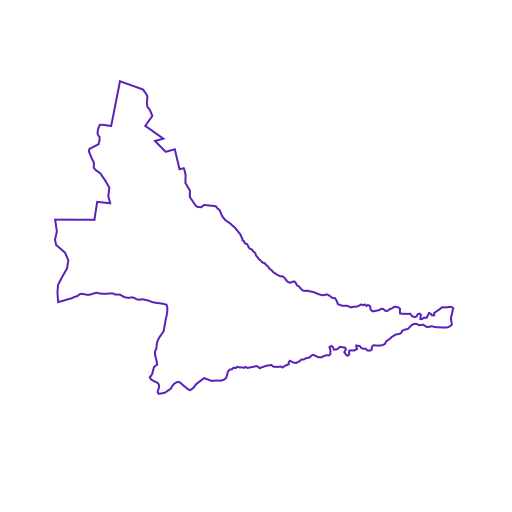 outline of Kajiado North, Rift Valley, Kenya, rotated 9°
{"feature_id": "3690345B68273600363858", "entity_name": "Kajiado North", "entity_type": "district", "adm_level": 2, "iso_a3": "KEN", "parent_name": "Kenya", "parent_adm1": "Rift Valley", "projection": "orthographic", "projection_center": [36.729, -1.37], "detail": "fine", "context": "isolated", "style": "outline", "palette": "violet", "viewbox_px": 512, "rotation_deg": 9, "n_neighbors": 0, "source": "geoboundaries", "source_scale": "gbopen_adm2", "svg_char_len": 5310}
<svg xmlns="http://www.w3.org/2000/svg" viewBox="0 0 512 512"><g transform="rotate(9 256 256)"><path d="M458.7,280.2L459.0,276.7L456.9,275.7L454.9,276.1L452.2,276.9L449.5,277.3L447.5,277.7L446.4,279.2L441.9,283.4L440.8,284.7L441.3,286.7L439.0,287.1L437.4,285.6L435.8,285.2L434.3,290.2L431.3,290.8L429.9,292.3L428.2,292.6L428.0,290.2L428.3,288.4L426.7,287.3L424.8,288.2L424.1,290.5L422.4,291.5L419.7,291.1L417.3,288.9L414.8,289.5L412.6,289.7L410.0,290.1L407.3,290.3L406.7,287.8L406.5,285.6L404.7,284.5L403.0,284.3L400.5,284.5L398.6,286.4L396.3,287.6L394.8,289.4L392.7,290.1L390.0,288.5L387.9,288.5L386.1,290.2L384.0,291.0L381.7,291.9L379.6,292.4L377.4,290.8L376.7,287.8L374.2,286.8L372.9,288.1L371.1,286.9L369.5,287.8L367.6,287.4L366.3,288.3L364.5,289.7L362.4,290.5L360.1,290.9L358.1,291.9L356.3,291.6L354.8,291.1L352.9,290.9L350.5,291.6L347.4,291.4L344.3,290.7L343.0,288.0L340.6,285.3L338.0,285.4L335.5,284.1L333.5,283.2L331.8,282.8L330.0,283.8L327.4,284.4L325.5,284.1L323.8,283.9L322.0,283.5L319.7,282.9L317.1,282.5L314.4,282.5L312.1,282.2L310.3,282.8L307.7,282.8L305.0,281.0L303.3,279.3L301.5,278.9L299.1,276.0L297.7,275.1L295.9,275.9L293.8,277.1L292.1,276.8L290.5,276.0L288.5,274.0L287.3,272.9L285.4,271.9L283.8,272.2L282.2,272.0L280.2,271.3L278.1,270.4L275.5,269.2L273.8,267.7L271.6,266.7L269.3,264.3L267.0,263.0L265.7,261.7L263.6,261.5L261.5,259.9L259.4,258.7L257.9,257.1L255.9,255.5L254.7,253.1L252.3,251.7L251.0,250.2L249.0,249.9L247.2,248.4L246.4,247.0L245.3,245.7L242.9,245.1L241.8,243.3L240.3,242.6L239.8,241.0L238.3,239.0L237.1,237.1L235.8,235.9L234.1,234.3L232.3,232.8L230.3,231.0L227.9,229.6L225.3,227.8L222.7,226.6L220.1,225.3L217.6,223.2L215.9,221.3L214.2,218.5L212.7,216.2L210.5,215.0L208.6,213.2L206.2,213.2L196.8,213.7L194.2,216.4L190.6,216.7L188.6,215.7L181.4,208.1L181.1,205.9L180.5,201.7L174.9,195.0L174.1,189.6L173.9,187.5L173.4,185.9L171.8,182.1L170.9,180.6L166.9,182.3L160.0,165.5L159.1,163.3L150.5,167.2L138.2,158.2L146.1,154.6L126.3,144.8L131.7,133.9L129.8,130.6L127.5,127.3L126.1,126.5L124.9,124.4L124.2,121.5L123.9,115.9L122.8,113.8L120.4,111.3L118.3,109.2L94.3,104.7L94.2,108.4L92.6,150.3L83.9,150.4L81.2,150.9L80.2,154.8L80.2,159.4L81.1,161.3L82.8,162.9L83.4,165.7L83.0,170.2L81.0,171.7L77.1,174.6L74.7,176.3L74.6,178.9L76.1,181.3L78.9,186.0L80.8,188.3L81.5,190.0L81.7,191.9L81.9,194.1L83.7,195.9L89.4,198.8L94.7,204.4L100.4,211.4L100.8,220.0L101.5,221.8L102.4,223.7L103.7,226.7L90.7,227.4L90.7,242.6L90.8,245.5L72.6,248.3L51.9,251.5L54.6,260.1L55.5,263.0L54.9,271.3L56.8,276.3L66.9,282.6L71.3,289.6L71.3,297.8L67.5,307.9L65.0,315.5L65.6,323.1L67.8,332.5L73.4,329.9L76.1,328.6L80.3,326.7L83.5,324.6L85.8,323.6L87.0,322.2L88.5,320.9L91.5,320.6L95.9,320.7L98.3,320.1L101.4,318.5L103.9,317.3L105.9,317.4L109.3,317.4L112.0,317.1L114.6,316.6L117.1,316.0L119.4,315.5L121.3,315.4L122.8,316.1L125.1,315.7L127.6,315.5L130.1,316.3L131.9,317.2L134.3,317.3L136.9,317.3L138.8,316.6L140.6,316.2L142.4,316.5L144.8,317.4L147.5,317.5L150.2,316.6L152.0,316.5L157.4,317.0L159.9,317.6L162.9,317.9L170.8,317.7L175.3,318.1L176.5,320.9L177.1,325.4L177.1,328.4L176.7,333.4L176.7,336.9L176.6,341.3L176.6,344.3L176.0,345.9L173.9,350.2L172.4,353.9L171.8,356.8L171.8,359.1L171.9,361.1L172.0,363.2L171.3,365.4L171.5,368.7L172.6,371.5L174.1,374.8L175.3,378.8L172.6,381.6L171.9,388.7L171.3,390.3L170.0,392.3L171.7,394.4L174.0,395.3L176.2,396.0L179.0,396.8L180.6,399.1L180.7,401.1L180.1,405.7L181.3,407.3L183.6,406.7L186.0,405.8L187.6,405.1L192.8,400.2L193.5,397.6L195.6,394.5L198.2,392.6L200.5,392.7L202.8,394.1L205.2,395.8L206.8,396.4L209.3,398.1L211.8,398.9L213.9,397.0L215.5,395.0L216.5,392.5L218.0,390.8L224.0,384.6L226.3,385.3L229.3,385.8L231.3,386.3L233.1,386.0L236.1,385.2L239.8,384.8L241.5,384.3L243.6,383.3L245.4,381.3L246.0,378.8L246.2,375.1L247.7,372.3L250.1,371.6L251.4,369.7L253.4,369.9L254.9,368.4L257.6,368.6L259.9,368.1L261.6,368.4L262.8,367.2L265.1,367.9L268.2,366.7L270.9,365.8L273.8,364.6L275.8,365.3L277.2,366.3L279.3,365.0L282.6,363.2L284.6,362.4L286.5,361.8L288.2,361.2L289.8,362.3L291.7,362.6L295.6,362.0L297.6,361.3L299.6,362.0L301.6,360.1L303.6,358.8L305.3,357.8L304.9,355.8L305.8,354.2L307.9,354.8L309.7,355.4L312.5,355.4L315.5,353.0L317.1,351.2L319.6,350.6L320.9,349.4L322.8,348.6L325.0,347.7L326.1,345.9L328.0,344.6L330.8,345.5L333.4,346.2L336.3,345.9L339.8,343.5L341.9,342.9L343.7,342.7L344.8,341.4L344.1,336.9L342.8,334.5L344.7,333.0L346.4,334.3L347.5,336.2L350.0,335.8L351.8,334.3L353.0,332.6L354.7,332.6L356.3,332.6L358.2,332.5L359.4,333.9L358.2,337.2L360.7,339.7L362.3,340.2L363.4,338.6L363.0,336.7L362.9,334.8L365.0,334.3L367.7,334.0L370.4,331.9L369.3,330.3L369.1,328.7L372.7,328.8L374.2,330.3L376.3,330.8L378.9,330.4L380.7,331.9L383.4,331.6L384.9,330.4L384.6,328.5L385.1,326.7L386.4,325.7L388.6,325.6L390.8,325.4L392.5,325.0L395.2,324.1L397.1,322.6L397.9,319.9L399.3,318.6L400.8,317.3L402.9,314.6L404.3,313.4L406.0,311.9L408.3,311.0L409.9,310.5L411.2,309.5L412.3,306.8L413.8,305.8L415.6,305.1L417.8,303.9L419.2,301.7L420.3,300.2L422.6,298.4L425.3,297.9L427.7,298.9L429.8,298.4L431.7,297.7L433.2,298.3L435.2,299.2L437.0,299.2L438.9,298.6L440.5,297.9L442.9,298.1L444.6,298.1L446.9,298.0L448.9,297.7L451.6,297.4L454.1,297.1L456.1,296.6L458.2,295.4L460.1,293.4L459.7,291.4L458.8,289.1L458.2,286.1L458.6,282.6L458.7,280.2Z" fill="none" stroke="#5b21b6" stroke-width="2"/></g></svg>